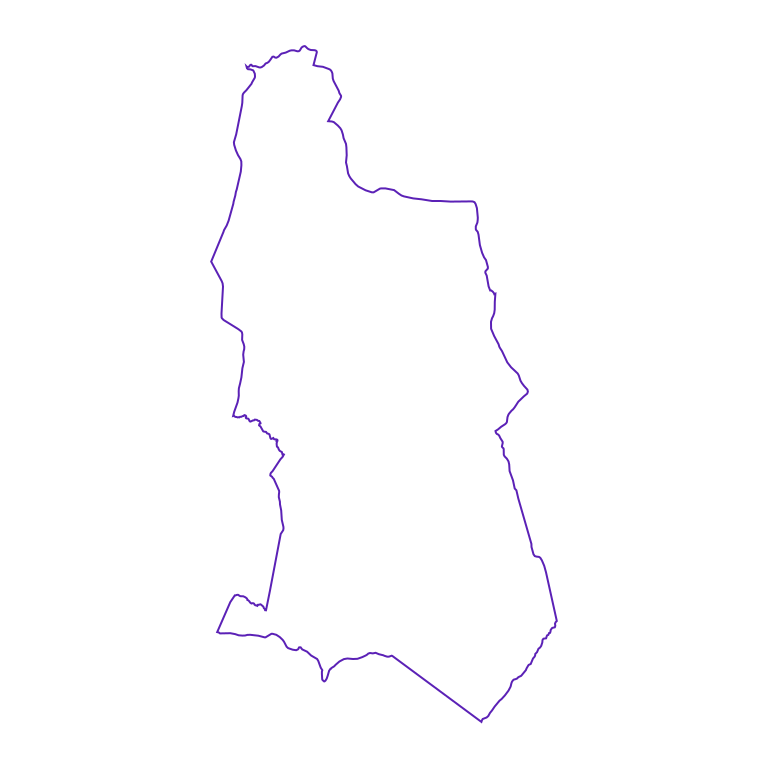 outline of Maringue, Sofala, Mozambique
{"feature_id": "85939544B35485552295049", "entity_name": "Maringue", "entity_type": "district", "adm_level": 2, "iso_a3": "MOZ", "parent_name": "Mozambique", "parent_adm1": "Sofala", "projection": "natural_earth1", "projection_center": [34.474, -17.814], "detail": "fine", "context": "isolated", "style": "outline", "palette": "violet", "viewbox_px": 768, "rotation_deg": 0, "n_neighbors": 0, "source": "geoboundaries", "source_scale": "gbopen_adm2", "svg_char_len": 6053}
<svg xmlns="http://www.w3.org/2000/svg" viewBox="0 0 768 768"><path d="M495.4,293.7L494.3,294.2L493.9,293.1L492.7,291.6L491.1,290.4L490.2,290.5L488.6,286.4L486.7,275.6L485.4,272.9L485.3,272.1L485.5,271.2L487.8,268.6L487.9,267.0L486.0,260.1L484.1,257.4L482.1,252.8L479.9,245.1L478.5,234.6L477.7,231.8L476.0,229.8L475.8,229.1L475.8,226.4L477.4,222.5L477.7,220.0L477.8,217.6L476.9,208.1L475.6,204.0L474.5,202.2L472.8,201.5L471.0,201.4L450.6,201.6L440.6,201.0L432.1,201.0L421.5,199.3L413.2,198.4L404.0,196.4L401.5,195.5L398.8,193.7L394.1,190.1L385.4,188.4L381.2,188.4L380.0,188.6L373.7,192.3L371.8,192.3L365.6,190.3L358.2,186.5L355.6,184.2L350.8,178.5L349.4,176.3L348.1,173.4L346.9,166.1L346.0,162.5L346.7,155.3L346.4,147.3L346.0,143.9L343.6,138.2L342.9,134.5L341.6,130.4L340.3,128.2L337.8,125.5L333.8,122.1L331.9,121.5L328.2,121.2L337.9,102.6L340.1,99.3L341.1,96.8L341.0,95.7L339.4,93.1L338.7,90.7L333.6,81.0L332.8,78.6L332.4,73.5L332.0,72.3L331.1,70.6L329.9,69.5L328.8,69.0L322.9,66.8L317.5,66.2L313.5,65.1L316.8,52.3L316.8,51.9L316.4,51.0L315.7,50.5L314.6,50.2L310.8,50.0L309.7,49.6L308.4,49.1L307.1,48.1L305.3,46.3L304.3,46.1L302.9,46.6L301.6,47.5L299.8,50.5L298.8,51.2L297.4,51.3L294.0,50.3L291.7,50.3L289.8,50.7L285.7,52.6L281.6,53.6L280.4,54.5L278.6,56.5L276.5,57.7L275.2,57.6L273.7,56.6L272.4,56.8L270.2,60.0L268.8,61.8L267.4,62.8L265.6,63.5L264.0,65.5L261.7,67.1L260.3,67.5L259.2,67.4L255.5,66.1L252.7,66.2L252.3,66.0L251.6,65.0L251.1,64.7L250.4,64.9L249.0,66.7L247.5,67.1L247.0,66.9L246.5,66.4L247.0,68.3L248.0,69.2L250.5,69.4L253.2,70.4L253.5,70.9L254.8,73.7L255.0,76.4L254.8,77.7L252.0,82.5L251.5,83.8L246.4,90.2L243.9,92.7L242.9,94.2L242.6,95.5L242.3,102.8L241.8,106.2L236.2,134.3L233.9,142.2L234.2,144.9L235.9,150.4L238.0,155.1L240.4,159.0L241.3,161.4L241.4,165.2L240.8,171.6L236.7,189.5L235.9,191.9L235.3,195.5L233.6,201.8L233.3,203.8L228.6,220.7L226.7,225.5L224.0,230.2L223.5,231.8L211.2,261.6L221.7,281.1L222.6,283.4L223.0,286.6L221.5,313.5L221.6,317.5L221.9,318.2L223.6,320.0L238.4,329.2L241.4,331.5L242.0,332.6L242.3,334.4L242.1,339.9L243.7,344.1L244.3,346.7L244.2,349.2L243.6,351.4L243.2,354.7L243.9,361.9L242.4,368.2L241.4,377.4L240.1,383.5L238.9,388.2L238.7,391.1L238.8,395.7L238.4,398.4L237.5,402.6L234.2,411.8L233.2,415.8L233.9,415.5L234.3,416.3L235.5,416.9L236.6,417.0L237.5,417.4L238.5,417.2L239.2,417.4L240.1,416.8L241.3,416.8L242.6,416.1L243.7,416.0L244.2,415.2L244.6,415.1L245.7,415.6L246.1,416.1L246.2,416.6L245.8,417.7L246.0,418.1L246.4,418.4L248.0,418.6L248.5,418.9L249.6,421.1L250.1,421.5L250.7,421.5L253.0,420.4L253.9,420.4L254.8,419.6L256.9,419.9L258.1,420.8L259.3,421.0L260.4,422.8L260.5,423.4L259.3,424.1L259.1,425.4L260.5,426.5L263.2,431.3L263.9,431.6L266.0,431.9L267.1,433.4L268.8,433.9L269.5,434.5L270.4,438.1L271.0,438.9L271.6,438.9L273.3,438.0L274.0,439.1L274.5,439.3L276.5,439.4L277.3,439.8L277.5,440.8L277.3,441.0L276.5,440.8L276.4,441.1L276.9,442.4L276.6,443.7L276.9,446.4L277.4,447.1L278.0,447.4L278.8,449.5L279.7,450.8L281.9,452.1L282.5,454.6L283.1,454.7L283.5,454.3L283.9,454.5L282.6,456.9L280.4,459.3L272.6,471.1L270.9,472.9L270.5,473.8L270.3,475.1L270.3,475.5L272.1,476.8L272.6,477.7L273.8,478.9L279.1,490.8L279.2,492.0L278.9,494.5L278.8,497.1L279.9,501.7L280.0,504.4L281.2,510.5L281.8,519.9L283.4,526.8L283.5,528.3L283.2,530.2L280.7,534.0L269.9,591.0L266.0,610.3L265.1,610.2L264.8,609.0L263.9,608.2L263.3,606.6L261.0,604.6L260.4,604.3L258.6,604.8L257.8,604.8L257.6,605.0L257.6,605.5L257.3,605.9L256.3,605.4L255.4,605.3L254.6,604.7L254.1,603.7L253.5,603.3L252.4,603.2L251.4,603.5L250.1,602.5L249.3,601.3L248.1,600.2L247.4,600.0L247.3,599.3L246.9,598.5L245.4,597.3L243.3,596.3L240.4,596.2L239.3,595.7L238.5,595.0L237.9,594.8L236.4,595.0L235.4,595.5L234.8,595.4L230.3,602.1L217.2,632.1L218.8,632.5L220.0,633.4L230.3,633.2L235.1,634.1L238.7,635.3L242.5,635.6L245.1,635.5L247.4,634.9L250.2,634.8L258.3,635.7L264.4,637.3L265.6,637.3L271.4,633.8L272.6,633.8L276.3,634.8L279.8,637.1L282.7,639.9L284.0,641.7L286.6,646.7L288.1,648.1L292.7,649.7L296.2,650.2L297.9,649.4L298.4,648.8L298.9,647.6L299.2,647.3L300.6,647.3L302.2,649.4L307.1,651.7L311.1,655.5L317.1,659.0L318.3,661.0L320.7,667.6L322.3,670.2L321.9,671.6L321.9,674.0L322.2,679.3L322.6,680.1L324.1,681.4L324.5,681.4L325.4,680.7L326.7,678.6L327.7,675.7L329.1,670.8L330.3,669.0L330.8,668.9L331.3,668.1L334.2,666.3L335.6,664.8L339.4,661.5L343.9,659.1L347.4,658.5L353.0,659.0L357.5,658.8L362.3,657.1L365.9,655.4L367.3,654.5L368.2,653.6L370.0,653.0L372.8,653.4L375.6,652.8L378.9,654.2L383.4,655.3L384.4,655.8L387.3,656.7L388.8,656.7L391.7,655.7L392.4,656.0L481.4,721.9L481.9,720.4L482.7,719.0L486.6,717.5L488.3,716.0L490.0,712.9L491.9,710.6L494.7,706.5L499.5,700.7L501.6,699.0L504.9,695.4L508.5,690.6L510.6,686.6L511.4,683.3L512.0,681.7L513.0,680.3L513.8,679.6L515.7,679.1L517.1,678.5L518.3,677.2L521.2,675.8L525.9,670.1L526.5,668.5L528.3,665.4L528.7,664.9L530.7,664.0L533.0,658.5L534.5,656.8L535.1,655.6L535.3,653.9L537.0,652.2L538.5,648.7L540.0,647.6L541.2,645.9L542.3,642.5L542.5,640.2L542.8,639.5L543.5,638.7L546.1,638.3L546.8,636.0L547.2,635.3L548.3,634.9L549.1,633.0L550.1,632.8L550.5,631.5L550.6,630.2L551.7,628.5L552.3,627.9L554.8,627.3L555.3,625.8L555.0,623.7L555.6,622.2L556.8,621.0L546.0,572.3L544.2,565.8L541.9,560.4L540.3,557.8L539.0,556.9L536.5,556.6L534.8,556.1L533.5,554.3L531.5,547.0L531.4,543.9L518.3,498.5L516.4,490.3L514.7,488.5L513.0,480.4L509.6,471.1L509.2,464.5L508.5,461.4L506.8,458.6L504.6,456.4L503.8,454.8L503.7,449.1L503.5,448.4L502.2,447.2L501.9,446.4L502.7,443.0L502.6,441.7L500.4,438.2L499.1,435.5L498.1,434.5L496.8,433.9L495.9,432.7L495.5,431.0L497.9,429.5L501.1,426.8L505.1,424.2L506.2,423.2L506.9,422.0L507.5,417.1L508.4,414.7L509.0,413.7L511.5,410.7L513.0,409.4L514.6,407.4L518.3,401.7L523.8,396.4L527.2,393.6L527.9,391.6L527.4,389.6L524.1,386.0L521.9,383.1L520.5,380.7L518.8,375.5L517.7,373.5L511.1,367.3L507.3,362.4L502.0,351.1L500.0,348.0L499.3,346.7L498.6,344.3L494.2,336.1L491.1,328.8L491.0,321.8L492.0,318.3L493.1,316.2L494.2,313.2L494.7,309.7L494.8,301.7L495.4,293.7Z" fill="none" stroke="#5b21b6" stroke-width="2"/></svg>